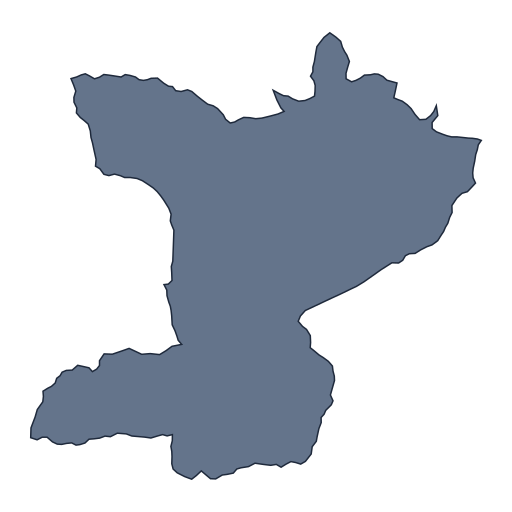 Garça, São Paulo, Brazil (orthographic projection)
{"feature_id": "56859067B4895649767626", "entity_name": "Garça", "entity_type": "district", "adm_level": 2, "iso_a3": "BRA", "parent_name": "Brazil", "parent_adm1": "São Paulo", "projection": "orthographic", "projection_center": [-49.7, -22.232], "detail": "fine", "context": "isolated", "style": "filled", "palette": "slate", "viewbox_px": 512, "rotation_deg": 0, "n_neighbors": 0, "source": "geoboundaries", "source_scale": "gbopen_adm2", "svg_char_len": 3779}
<svg xmlns="http://www.w3.org/2000/svg" viewBox="0 0 512 512"><path d="M71.0,78.6L73.6,84.9L75.8,91.1L73.9,97.4L74.0,102.2L76.8,107.9L76.4,112.9L80.3,117.5L84.0,120.4L88.2,124.1L90.3,130.9L91.0,137.5L92.5,142.9L94.0,150.0L96.1,159.5L95.5,166.2L99.8,168.7L103.9,174.3L108.9,175.6L114.5,174.1L120.4,175.7L124.6,177.5L130.2,177.5L137.1,178.5L142.4,180.7L148.4,184.6L153.2,187.9L157.2,191.6L160.8,196.0L163.8,200.2L168.8,208.2L171.1,214.2L170.3,220.9L171.7,224.9L173.9,230.2L172.8,261.2L171.3,266.5L171.7,272.3L172.0,280.5L168.3,284.1L164.0,284.6L166.8,290.1L167.0,295.7L168.8,302.1L170.3,306.2L171.1,310.5L171.7,315.9L172.2,324.8L175.0,330.7L176.9,336.0L178.2,340.3L181.7,344.4L172.0,346.3L166.0,350.7L159.6,354.6L150.2,353.6L141.7,354.3L135.1,351.2L129.1,348.4L122.6,350.7L112.3,354.2L104.1,353.9L99.5,360.7L99.5,365.5L96.7,369.1L92.4,371.6L89.0,367.8L84.1,366.7L77.7,365.3L72.2,370.1L66.3,370.4L62.1,372.2L60.1,375.7L56.7,378.3L55.2,383.0L51.4,386.4L47.8,388.2L43.0,391.2L43.4,396.5L42.8,401.8L37.3,409.5L35.1,417.1L33.0,422.6L31.0,427.9L30.7,437.7L37.1,439.8L42.2,437.2L47.1,437.2L52.5,441.9L57.2,444.1L61.6,444.4L66.5,443.4L71.7,442.9L76.0,445.1L79.9,444.6L85.0,443.0L89.0,439.2L94.2,438.8L99.7,438.1L105.0,436.1L110.4,436.7L117.3,433.2L126.3,433.9L131.8,436.0L137.6,436.5L144.6,437.1L150.9,438.0L157.5,436.0L162.6,434.6L167.1,435.9L172.4,434.6L172.3,440.8L170.9,446.4L171.8,451.5L172.0,456.6L171.8,463.8L173.1,469.0L177.2,472.8L184.7,476.6L191.7,479.2L196.4,475.5L201.3,470.9L206.7,475.5L210.5,478.7L215.7,478.9L222.3,475.0L227.0,474.4L233.3,473.1L236.8,469.0L240.9,467.8L248.5,466.6L255.0,463.2L263.3,464.4L270.7,465.3L276.3,464.4L281.1,467.2L286.1,464.1L290.9,461.6L295.6,462.5L300.7,464.1L305.4,461.4L311.2,454.0L312.2,446.7L316.3,441.3L317.1,436.8L318.9,428.6L321.2,422.6L321.1,417.5L324.1,414.2L325.7,410.4L331.3,404.8L333.0,400.8L330.4,395.0L332.6,387.2L334.5,380.5L334.3,376.1L333.0,371.0L332.4,366.0L328.3,361.3L323.4,357.7L319.1,355.0L313.4,350.2L310.2,347.7L310.6,342.5L310.3,335.6L306.5,329.4L302.5,326.4L298.2,321.3L300.4,316.0L305.3,310.5L331.4,298.2L339.7,294.4L351.9,288.5L356.4,286.4L364.1,281.7L381.2,269.6L391.9,262.8L398.6,263.0L402.7,260.3L405.4,255.7L409.4,253.7L415.1,253.4L420.6,249.9L426.9,246.7L432.0,244.9L437.7,240.7L441.2,235.1L443.6,231.5L445.5,227.1L447.8,223.3L449.7,217.3L452.1,212.5L451.9,205.5L456.9,198.0L462.0,193.3L467.4,191.7L471.8,187.1L475.5,183.1L473.1,177.8L472.7,173.0L473.2,168.2L474.7,161.2L475.7,154.6L477.3,149.7L478.3,144.8L481.3,140.4L477.4,139.0L472.5,138.3L468.3,138.1L463.9,137.6L457.2,136.9L451.7,136.9L447.1,135.8L442.8,134.3L436.4,131.8L432.2,128.6L432.1,122.5L437.8,115.6L436.3,105.7L433.8,111.5L430.6,115.6L425.9,119.3L419.6,119.7L415.0,114.4L411.1,108.6L407.1,104.7L402.3,101.2L397.5,99.4L393.8,97.8L395.3,91.1L397.0,83.0L386.9,80.2L383.0,76.6L378.2,74.2L374.3,73.9L370.4,74.8L364.4,75.1L360.4,78.1L355.9,80.4L351.6,81.8L346.1,78.8L346.0,73.3L347.7,67.1L349.4,61.5L346.9,55.2L344.6,51.6L342.4,47.2L340.7,41.4L336.0,37.2L329.8,32.8L324.0,37.4L319.7,42.9L316.9,46.6L315.8,52.6L314.4,61.5L312.9,67.1L312.9,71.8L310.5,76.2L313.9,80.8L315.2,85.5L315.0,91.5L314.5,96.1L310.0,98.5L305.1,100.5L298.7,101.2L292.5,98.8L288.1,96.1L283.5,95.7L279.0,93.5L273.2,90.3L276.9,100.0L280.9,107.9L284.1,111.4L278.0,114.0L270.5,116.0L261.9,118.1L255.7,118.7L249.8,117.7L243.7,117.4L238.3,119.9L234.7,122.0L230.2,123.0L225.6,119.3L223.3,114.8L217.6,108.6L213.2,105.8L207.7,104.2L202.5,100.3L197.4,96.3L191.8,91.5L187.5,89.8L181.1,91.5L175.7,90.7L172.5,86.6L168.5,86.2L163.7,83.2L157.5,78.1L151.1,78.3L147.4,79.7L143.4,80.4L139.1,79.7L135.5,77.0L129.9,75.4L125.2,74.6L121.1,77.0L113.4,75.8L108.7,75.1L103.8,74.5L99.5,77.2L94.5,78.8L89.3,75.8L85.3,73.8L81.3,74.9L76.6,77.0L71.0,78.6Z" fill="#64748b" stroke="#1e293b" stroke-width="1.5"/></svg>